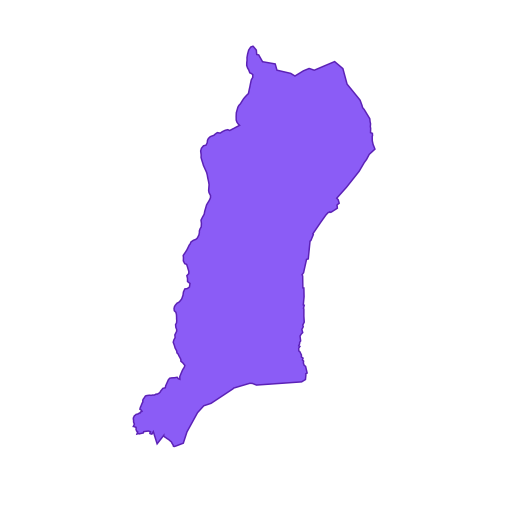 Santa Catarina Lachatao, Oaxaca, Mexico (Natural Earth projection), rotated 198°
{"feature_id": "50627088B86779722307239", "entity_name": "Santa Catarina Lachatao", "entity_type": "district", "adm_level": 2, "iso_a3": "MEX", "parent_name": "Mexico", "parent_adm1": "Oaxaca", "projection": "natural_earth1", "projection_center": [-96.485, 17.188], "detail": "fine", "context": "isolated", "style": "filled", "palette": "violet", "viewbox_px": 512, "rotation_deg": 198, "n_neighbors": 0, "source": "geoboundaries", "source_scale": "gbopen_adm2", "svg_char_len": 4942}
<svg xmlns="http://www.w3.org/2000/svg" viewBox="0 0 512 512"><g transform="rotate(198 256 256)"><path d="M323.7,454.6L325.6,453.1L326.6,449.6L326.4,445.5L325.9,442.0L325.0,439.3L324.5,436.9L323.7,434.3L322.1,432.2L320.4,430.7L318.5,428.3L316.7,428.1L315.1,427.5L314.3,424.9L314.9,422.1L314.5,418.0L314.1,414.9L313.9,412.6L313.6,410.0L313.4,408.1L314.4,406.3L315.6,403.7L316.4,401.7L317.2,398.7L317.9,395.8L318.8,394.0L319.2,392.0L319.1,388.8L319.0,386.2L318.0,382.6L316.8,379.1L315.4,377.3L313.5,375.9L312.0,375.2L319.8,367.2L321.9,367.4L324.2,366.0L326.5,363.8L328.0,361.8L330.9,361.4L332.5,359.3L333.4,357.7L335.0,356.5L336.4,355.3L337.6,353.1L337.9,351.1L337.4,348.7L337.8,346.0L340.0,344.6L341.2,341.6L341.1,338.8L339.4,335.2L338.7,332.7L336.8,329.9L335.2,327.7L334.0,325.9L328.8,320.2L327.4,318.0L326.1,315.5L324.1,312.1L322.7,309.4L321.3,303.7L320.3,301.8L317.9,299.4L317.3,297.3L317.6,294.6L318.3,291.6L318.8,289.3L318.7,286.0L318.6,282.8L318.2,279.7L318.8,276.9L319.4,273.1L318.0,270.2L317.1,266.8L317.6,264.3L317.6,262.3L317.1,260.8L316.8,258.5L317.1,256.4L317.5,254.5L318.5,253.1L320.4,251.6L322.2,249.2L322.3,247.3L322.9,245.7L323.2,243.4L323.6,240.5L324.3,237.8L325.4,234.0L324.5,232.0L323.6,228.9L321.4,226.7L319.4,226.6L318.2,225.0L315.1,220.5L314.5,218.5L315.7,215.9L314.3,213.7L313.2,210.5L310.3,209.5L309.7,205.9L311.4,203.7L313.5,202.7L313.9,199.3L313.3,196.2L313.4,192.2L314.4,189.5L315.2,188.0L316.5,186.8L317.6,184.1L317.9,182.6L317.7,180.6L316.8,178.7L314.8,177.7L313.5,175.6L312.2,172.1L312.2,171.9L311.4,170.0L310.9,167.8L311.3,165.9L310.1,163.2L308.8,161.7L308.2,159.9L308.8,155.9L307.7,153.4L308.2,150.9L308.1,148.4L306.2,146.0L304.5,143.5L302.1,141.2L301.2,139.4L299.8,138.7L298.4,137.2L297.0,135.9L295.6,134.5L294.9,132.7L292.7,131.8L289.9,130.0L289.8,128.1L290.4,126.0L290.7,124.4L291.0,120.8L291.2,117.7L290.3,115.2L292.0,115.3L293.5,116.3L296.0,115.0L298.6,114.0L300.3,113.1L301.1,111.2L301.5,107.4L301.8,104.5L301.5,102.7L303.7,101.3L304.2,99.9L304.5,99.2L305.0,97.8L305.1,96.9L305.6,95.9L306.5,94.9L307.4,93.9L308.3,93.9L309.3,92.7L310.0,92.2L311.2,91.9L312.6,91.1L314.5,90.6L316.8,89.5L317.9,88.7L318.4,86.9L318.6,86.1L319.0,85.0L319.1,84.3L319.0,83.5L318.5,82.2L318.8,81.0L318.9,79.9L319.0,78.1L319.2,76.4L319.1,74.4L317.7,74.0L316.4,73.1L316.7,72.7L317.2,72.5L317.3,72.3L317.5,71.9L317.6,71.3L317.8,71.4L317.9,71.2L318.0,70.8L318.1,70.7L318.3,70.5L318.7,70.3L318.8,70.0L319.0,69.8L319.3,69.5L319.6,69.1L320.0,69.0L320.4,68.7L320.8,68.5L321.1,68.3L321.2,68.2L321.3,67.9L321.5,67.4L321.7,67.1L321.9,67.0L322.1,66.8L322.3,66.5L322.3,66.1L322.4,65.5L322.6,64.5L322.5,64.2L322.5,63.7L322.4,63.3L322.2,62.8L322.1,62.7L321.8,62.3L321.8,62.1L321.5,61.5L321.3,60.8L321.2,60.4L320.9,59.9L320.6,59.6L320.3,59.3L320.2,59.0L320.0,58.8L319.8,58.7L319.7,58.5L320.0,56.0L319.5,56.1L319.1,56.0L318.3,56.0L317.8,56.0L317.4,56.0L317.2,56.0L317.1,55.9L317.1,55.7L316.9,55.3L316.7,54.9L316.6,54.3L316.4,53.8L316.3,53.6L315.9,53.2L315.7,53.1L315.4,52.8L315.4,52.6L315.1,52.4L314.9,52.3L314.6,52.2L314.3,52.2L314.3,51.9L314.2,51.3L314.2,50.6L314.2,50.0L314.2,49.9L313.9,50.1L313.4,50.6L313.1,50.8L312.9,50.9L312.3,50.8L312.2,50.7L308.5,52.9L308.5,54.3L304.2,56.3L303.6,56.3L302.7,56.3L302.0,56.3L301.9,56.1L302.0,55.8L302.1,55.6L302.2,55.3L302.2,54.9L302.2,54.6L301.9,54.4L301.6,54.3L301.3,54.3L300.3,54.4L300.0,54.4L299.4,57.2L292.0,46.8L288.3,56.9L288.1,56.3L287.0,55.7L286.0,55.5L284.6,55.0L283.4,54.7L282.3,54.4L281.3,54.0L280.2,53.5L279.4,53.2L278.5,52.6L278.1,52.0L277.5,51.5L276.7,50.9L276.1,50.1L275.8,49.6L275.0,49.5L273.5,50.5L267.3,55.5L267.3,67.4L266.5,71.6L263.2,88.9L259.4,97.4L253.2,102.0L236.9,122.5L236.4,123.5L222.6,133.0L220.0,133.7L215.7,133.4L173.7,150.4L170.8,153.8L171.7,157.9L172.2,159.5L171.2,160.5L174.7,166.3L176.5,167.0L177.9,168.9L178.3,170.8L179.7,171.4L179.7,173.4L181.6,174.0L182.2,175.9L184.8,178.6L186.0,179.0L186.9,181.5L186.3,183.6L187.6,183.8L187.4,186.0L187.8,187.3L187.3,189.0L189.4,193.5L188.8,195.9L187.9,197.6L189.7,200.3L189.2,203.3L190.2,204.8L189.7,208.0L191.9,213.6L194.1,220.4L194.7,220.9L194.9,224.1L195.9,224.1L197.7,232.1L200.6,240.4L201.6,240.2L205.4,251.3L206.4,252.5L205.6,254.8L206.9,268.4L205.4,269.4L209.2,286.8L208.6,287.7L208.1,294.1L208.8,294.6L204.9,308.0L202.2,316.6L200.7,319.8L199.8,320.1L199.5,320.8L198.4,320.6L197.4,321.7L193.4,326.6L194.2,328.5L194.6,329.0L194.6,329.8L193.2,331.9L195.2,334.9L197.1,335.9L191.2,349.3L184.1,368.4L181.9,378.4L180.7,382.0L179.7,387.7L175.9,394.4L179.2,398.4L181.0,401.5L182.4,405.5L182.4,406.6L183.2,408.6L185.2,408.7L186.4,412.8L187.3,414.5L187.9,417.1L189.0,419.0L190.2,421.7L198.3,428.7L200.5,430.1L201.6,431.8L205.1,436.3L206.7,437.4L222.5,447.6L231.3,461.1L241.3,465.2L249.4,458.2L258.0,450.7L262.9,450.8L263.5,450.7L268.2,446.7L271.0,443.4L274.6,439.2L279.4,440.4L293.5,439.2L297.1,444.6L309.8,442.8L315.6,448.1L317.6,447.9L319.3,451.9L322.4,453.9L323.7,454.6Z" fill="#8b5cf6" stroke="#5b21b6" stroke-width="1.5"/></g></svg>